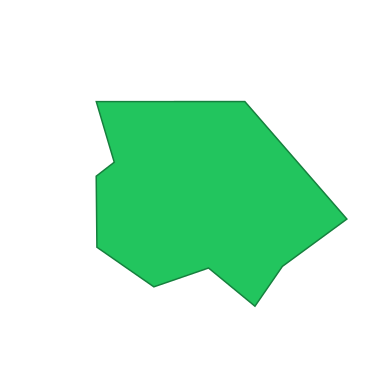 Sharyngol, Darhan-Uul, Mongolia (Albers equal-area conic projection), rotated 324°
{"feature_id": "93677404B32233139158886", "entity_name": "Sharyngol", "entity_type": "district", "adm_level": 2, "iso_a3": "MNG", "parent_name": "Mongolia", "parent_adm1": "Darhan-Uul", "projection": "albers", "projection_center": [106.453, 49.233], "detail": "fine", "context": "isolated", "style": "filled", "palette": "green", "viewbox_px": 384, "rotation_deg": 324, "n_neighbors": 0, "source": "geoboundaries", "source_scale": "gbopen_adm2", "svg_char_len": 301}
<svg xmlns="http://www.w3.org/2000/svg" viewBox="0 0 384 384"><g transform="rotate(324 192 192)"><path d="M301.4,304.9L287.9,149.9L167.7,62.6L146.6,122.2L123.8,122.9L82.6,180.8L105.4,246.3L160.7,263.2L175.8,321.4L221.4,305.3L301.4,304.9Z" fill="#22c55e" stroke="#15803d" stroke-width="1.5"/></g></svg>